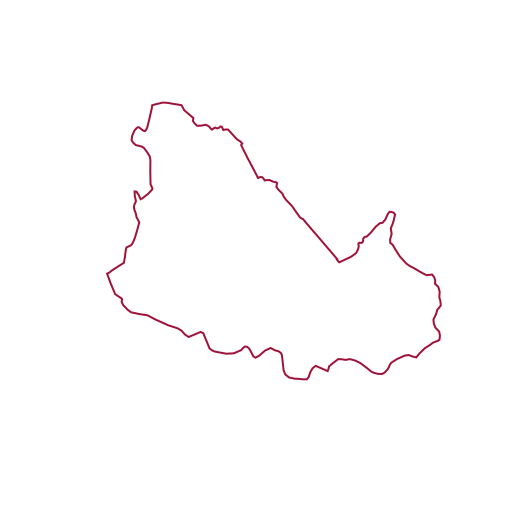 SVG path tracing the border of Burkina Faso, rotated 230°
{"feature_id": "BFA", "entity_name": "Burkina Faso", "entity_type": "country or territory", "adm_level": 0, "iso_a3": "BFA", "parent_name": "Africa", "parent_adm1": "", "projection": "mercator", "projection_center": [-1.603, 12.251], "detail": "fine", "context": "isolated", "style": "outline", "palette": "rose", "viewbox_px": 512, "rotation_deg": 230, "n_neighbors": 0, "source": "natural_earth", "source_scale": "50m", "svg_char_len": 3173}
<svg xmlns="http://www.w3.org/2000/svg" viewBox="0 0 512 512"><g transform="rotate(230 256 256)"><path d="M369.7,315.9L357.8,316.4L353.5,317.7L350.9,317.7L350.8,316.6L350.5,315.9L335.5,312.3L325.0,310.1L314.4,307.7L313.8,310.0L312.3,311.4L310.0,311.5L308.4,311.2L307.3,312.9L305.5,315.2L303.1,316.3L300.7,317.7L299.3,319.0L298.3,319.0L295.9,316.1L292.6,315.8L286.6,316.3L283.9,315.5L280.2,315.1L271.4,315.7L257.4,314.5L255.1,315.1L254.5,315.7L240.6,315.8L225.4,316.0L212.6,316.1L201.4,316.2L201.4,315.7L197.8,315.6L197.4,316.6L194.3,328.3L193.9,334.7L195.6,338.6L197.5,341.1L199.6,342.2L199.8,343.6L198.1,345.4L198.3,347.3L200.3,349.2L200.8,351.3L199.7,353.4L200.0,358.5L201.5,366.6L201.5,371.9L200.1,374.3L200.8,378.4L203.5,384.2L204.0,386.6L203.0,387.8L200.8,389.3L198.4,389.2L195.8,385.7L194.6,384.2L192.4,380.6L190.5,377.0L188.0,375.5L185.6,374.0L182.6,369.5L179.7,367.3L176.7,367.9L172.2,367.1L163.2,365.9L153.6,366.3L149.6,367.3L145.6,369.0L135.6,372.6L131.6,374.4L128.6,379.0L125.2,378.9L121.8,377.4L119.7,375.3L115.1,375.8L110.7,373.8L106.4,369.8L103.3,368.5L99.3,365.7L98.2,360.2L95.6,356.4L93.3,351.1L89.8,348.7L85.8,347.4L80.3,347.7L76.6,345.6L73.8,342.5L74.5,339.8L75.8,336.0L76.0,332.3L76.8,326.3L76.3,318.8L75.3,313.6L78.3,311.4L81.9,309.4L84.1,305.9L86.4,297.9L87.3,291.0L86.6,288.5L85.4,286.4L84.5,283.5L84.0,279.8L84.6,276.7L87.3,273.7L90.6,271.3L93.0,270.1L99.3,268.9L107.2,267.0L111.7,265.0L115.0,262.9L116.9,261.3L118.8,257.9L121.8,255.3L124.2,252.6L124.5,245.3L124.5,241.1L122.8,238.8L121.8,236.9L133.5,231.1L133.6,227.1L131.9,222.5L129.6,218.9L128.8,215.7L132.0,212.0L134.9,209.3L137.0,206.9L141.6,203.3L146.4,202.3L150.7,203.7L163.5,212.2L165.7,212.7L168.4,212.1L171.7,209.8L176.1,208.1L177.7,202.4L177.6,194.0L178.5,190.2L180.9,189.5L188.2,191.1L190.1,191.2L192.3,190.7L193.8,189.2L193.8,186.5L193.4,184.1L195.8,176.3L200.2,170.5L209.0,163.2L211.8,161.7L215.0,161.0L230.8,166.0L233.4,164.8L237.3,152.3L241.6,151.1L246.8,150.9L250.1,149.8L251.8,149.0L259.4,144.2L272.7,137.8L279.8,135.0L281.2,134.0L286.4,129.4L293.2,124.1L297.5,123.1L303.5,122.7L307.3,123.6L308.3,125.1L309.5,125.8L317.3,123.6L328.5,127.1L338.2,130.6L337.6,132.9L337.5,136.8L336.7,143.0L335.7,150.4L339.7,155.2L344.5,160.3L345.8,162.3L344.5,167.4L345.4,170.4L348.0,175.3L352.2,181.6L356.7,188.1L359.7,188.9L362.6,189.4L364.4,190.6L367.0,191.7L369.5,192.5L371.8,193.9L373.2,195.3L375.1,199.2L380.1,201.9L383.5,204.5L382.1,205.8L377.8,205.3L373.7,204.1L373.2,206.0L373.0,213.3L373.7,219.4L374.6,220.2L378.7,221.3L388.5,229.2L397.3,236.7L400.3,238.6L405.2,239.3L410.6,239.6L413.0,239.0L418.3,235.2L421.1,234.8L423.7,234.9L425.1,235.5L427.7,238.5L430.1,243.2L430.7,246.6L430.5,248.4L429.7,249.1L425.3,250.0L423.5,250.7L423.0,251.7L423.7,254.0L424.5,255.5L429.3,262.1L436.1,271.1L438.2,273.4L437.0,276.1L433.5,283.1L430.9,286.0L419.4,295.9L413.8,294.7L401.9,296.7L400.1,294.5L397.3,294.2L393.9,294.6L392.7,295.4L392.3,296.4L391.1,297.8L388.9,301.7L387.2,302.7L385.1,303.3L382.5,303.2L381.0,303.7L381.0,305.7L380.5,307.4L378.7,308.2L378.0,310.1L378.1,312.0L377.1,312.8L374.9,312.4L373.6,311.9L372.3,314.3L370.8,315.9L369.7,315.9Z" fill="none" stroke="#9f1239" stroke-width="2"/></g></svg>